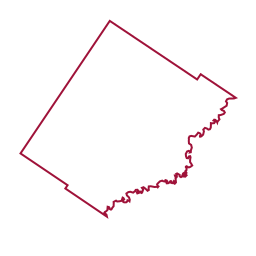 Jones, South Dakota, United States of America, rotated 304°
{"feature_id": "52423323B31695070562540", "entity_name": "Jones", "entity_type": "district", "adm_level": 2, "iso_a3": "USA", "parent_name": "United States of America", "parent_adm1": "South Dakota", "projection": "mercator", "projection_center": [-100.738, 43.939], "detail": "fine", "context": "isolated", "style": "outline", "palette": "rose", "viewbox_px": 256, "rotation_deg": 304, "n_neighbors": 0, "source": "geoboundaries", "source_scale": "gbopen_adm2", "svg_char_len": 2692}
<svg xmlns="http://www.w3.org/2000/svg" viewBox="0 0 256 256"><g transform="rotate(304 128 128)"><path d="M206.6,53.0L46.8,53.1L46.8,109.9L42.8,109.9L42.7,160.1L44.1,158.6L44.3,157.2L44.6,155.8L45.5,155.8L46.8,156.5L48.6,156.8L50.0,155.9L51.3,155.2L51.4,155.6L51.8,156.2L51.4,157.4L50.6,157.9L50.8,159.5L51.6,159.8L53.0,159.6L55.1,159.8L57.4,158.4L58.7,157.4L61.1,158.7L61.0,160.1L62.3,161.7L64.0,163.4L65.9,162.9L67.3,162.5L67.4,163.3L66.7,164.7L65.3,164.4L64.1,165.3L64.2,166.3L65.3,168.0L66.5,168.4L67.8,168.0L68.2,169.6L68.1,170.2L69.5,169.6L71.0,167.7L71.5,164.8L72.8,163.3L75.0,164.1L76.4,165.5L77.3,168.4L79.6,169.1L81.0,169.0L82.1,170.4L81.7,171.5L80.1,171.7L79.7,171.1L79.0,172.3L80.4,173.4L81.9,173.4L82.7,174.6L81.6,174.8L81.7,175.6L82.4,175.8L85.4,175.0L86.2,173.0L87.6,174.0L87.5,175.7L87.2,177.8L86.9,179.3L88.3,179.9L89.2,179.0L91.2,177.9L92.4,179.4L94.0,183.1L95.5,184.9L95.4,185.8L96.6,185.9L96.6,185.0L97.6,183.6L99.3,183.8L101.6,184.3L103.5,185.8L103.5,186.7L104.2,188.4L105.7,188.2L106.1,189.4L105.8,190.3L104.5,190.1L103.8,191.0L104.6,192.1L105.7,192.7L106.8,192.7L107.7,192.9L108.1,193.7L107.3,194.8L106.8,194.7L107.0,195.5L108.5,196.2L109.7,195.8L109.7,196.6L108.5,197.0L107.8,196.8L107.9,197.9L109.7,198.2L112.8,195.6L113.9,195.8L114.9,195.8L115.3,195.1L114.9,194.3L114.4,194.1L114.9,193.4L115.7,194.4L116.7,194.9L117.2,194.2L117.2,193.8L117.8,194.1L117.9,195.1L118.0,197.1L116.8,197.9L116.9,199.4L118.3,200.1L119.7,202.7L121.6,203.0L121.9,201.4L119.8,200.6L119.4,199.5L120.3,199.3L121.0,199.1L122.5,199.7L122.8,200.7L123.0,201.5L123.5,201.6L123.9,200.9L124.4,199.7L125.9,200.0L127.5,198.9L127.9,197.8L128.3,197.6L129.0,197.9L129.2,199.0L128.8,199.5L129.7,200.8L130.8,201.5L131.7,201.8L132.8,202.2L133.8,200.3L134.4,198.6L136.3,197.3L138.7,196.2L139.4,195.3L138.7,194.5L137.7,194.5L136.5,194.7L135.9,193.5L137.0,191.9L138.8,190.4L141.6,190.1L143.1,191.2L143.0,192.9L142.4,193.0L143.0,193.6L144.7,192.6L147.4,191.9L149.3,189.8L149.3,187.2L151.3,185.6L152.9,184.7L153.6,184.0L155.4,183.7L156.8,184.8L158.3,188.2L161.0,188.7L163.4,188.8L163.7,190.0L163.7,191.0L162.8,192.6L161.6,192.1L161.1,192.5L161.4,193.0L162.2,193.5L164.5,194.0L167.7,192.8L168.8,191.3L171.1,191.7L171.7,193.7L171.6,195.5L172.8,196.6L174.6,196.4L176.6,195.2L178.4,194.0L178.9,195.1L180.2,196.7L181.7,196.7L182.2,195.9L182.0,194.7L183.1,194.8L183.6,195.9L183.2,197.6L182.5,198.9L183.2,198.6L186.3,199.0L187.5,197.3L189.4,196.1L190.5,197.5L193.2,199.5L195.0,199.6L195.8,197.9L195.3,195.7L195.6,194.6L196.9,195.3L198.8,196.1L201.6,197.3L204.2,196.2L204.9,194.3L207.1,194.1L208.9,195.3L211.7,199.3L213.3,200.5L213.2,158.2L206.9,158.2L206.6,53.0Z" fill="none" stroke="#9f1239" stroke-width="2"/></g></svg>